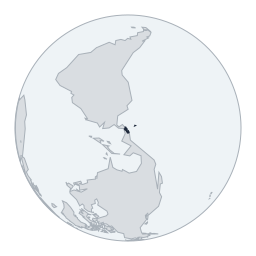 Puntarenas on an orthographic globe, rotated 200°
{"feature_id": "CRI-1330", "entity_name": "Puntarenas", "entity_type": "Province", "adm_level": 1, "iso_a3": "CRI", "parent_name": "Costa Rica", "parent_adm1": "", "projection": "orthographic", "projection_center": [-84.164, 7.924], "detail": "fine", "context": "on_globe", "style": "filled", "palette": "slate", "viewbox_px": 256, "rotation_deg": 200, "n_neighbors": 0, "source": "natural_earth", "source_scale": "10m", "svg_char_len": 8861}
<svg xmlns="http://www.w3.org/2000/svg" viewBox="0 0 256 256"><g transform="rotate(200 128 128)"><circle cx="128" cy="128" r="113" fill="#eef3f6" stroke="#a8b0b8"/><path d="M139.6,127.1L136.9,126.0L134.4,129.4L125.1,124.0L121.6,117.4L92.6,106.9L89.5,103.5L89.3,98.1L79.3,80.6L83.8,97.0L79.9,93.8L76.8,87.9L78.5,86.5L76.4,78.1L72.9,74.9L72.5,64.9L79.2,52.7L80.3,54.6L81.8,51.8L80.5,49.4L79.2,48.6L82.5,38.5L79.2,34.0L74.6,35.3L78.4,33.1L67.4,37.9L63.3,38.8L70.1,36.2L72.4,34.8L70.8,34.4L72.8,33.0L73.2,32.1L75.8,30.5L79.6,29.5L81.3,28.6L80.0,28.4L81.9,27.0L83.5,27.3L86.8,25.0L93.7,23.8L95.9,27.3L101.9,26.6L109.9,30.4L111.3,29.3L115.3,30.5L118.4,29.7L119.0,30.9L121.0,29.3L119.8,28.3L120.3,27.3L122.0,26.8L123.1,28.3L122.4,28.7L123.6,28.9L123.4,29.9L124.5,29.1L125.6,31.2L127.1,28.6L130.1,29.7L130.1,31.3L126.7,31.8L118.4,38.0L117.4,40.3L119.3,42.7L130.1,45.3L130.4,47.9L133.2,50.7L134.6,48.8L132.9,45.9L136.2,43.4L133.7,40.6L134.7,39.3L133.5,36.4L137.3,36.2L141.7,37.6L142.9,40.2L144.9,41.0L146.7,38.3L151.8,43.1L160.0,46.8L161.0,48.3L157.5,51.3L150.0,51.7L145.4,57.0L152.1,53.1L154.3,57.5L156.2,58.2L158.2,57.9L158.8,56.1L160.3,57.7L154.3,61.8L152.8,60.4L154.8,59.0L151.3,59.4L147.2,62.8L148.6,65.1L141.1,68.9L142.0,70.7L140.8,72.8L139.9,69.5L141.4,75.6L132.7,83.0L134.7,94.5L128.8,85.8L124.2,84.9L118.8,85.3L119.0,87.1L111.5,86.0L105.1,90.1L103.3,99.3L106.3,106.4L114.6,106.5L116.8,102.4L122.7,101.5L119.0,112.3L129.4,113.6L128.7,121.8L131.8,125.9L136.9,124.6L142.2,126.5L145.8,121.6L151.6,118.8L152.0,125.4L155.0,119.2L158.5,122.2L170.0,121.4L169.2,122.9L178.9,130.1L188.9,132.8L191.3,137.5L190.1,140.5L193.5,141.1L193.5,143.0L206.4,144.7L212.5,148.8L212.0,155.5L206.2,163.8L199.5,180.2L188.8,186.3L185.1,192.7L175.0,202.1L168.6,201.8L169.4,206.0L165.0,208.8L160.6,209.2L159.0,212.1L155.7,212.4L157.3,214.2L150.9,218.0L151.5,220.9L146.5,223.9L147.0,225.4L145.5,225.4L143.7,226.1L143.1,227.0L139.0,225.6L139.1,221.9L141.4,220.0L139.5,219.7L144.5,214.4L142.0,215.6L144.5,207.5L148.9,200.6L153.6,179.9L151.6,175.8L143.5,171.1L133.7,155.3L136.6,148.6L134.3,145.6L141.8,135.9L139.6,127.1ZM26.9,96.5L27.7,93.9L27.8,95.6L26.9,96.5ZM27.7,92.4L27.6,93.2L27.6,92.5L27.7,92.4ZM27.5,91.8L27.7,92.2L27.4,92.0L27.5,91.8ZM27.1,91.4L27.4,91.5L27.1,91.4ZM134.4,98.5L146.3,103.7L139.8,104.6L141.0,103.5L137.9,101.3L132.3,99.4L126.5,100.8L134.4,98.5ZM26.9,90.1L26.9,89.7L27.2,89.5L26.9,90.1ZM139.1,91.9L137.1,91.5L139.1,91.4L139.1,91.9ZM78.3,48.6L80.2,49.6L80.7,52.4L78.9,51.7L78.3,48.6ZM77.8,43.9L79.3,43.7L77.5,46.4L77.2,45.6L77.8,43.9ZM70.9,36.7L72.0,36.9L70.2,37.3L70.9,36.7ZM72.8,32.2L71.8,32.7L72.4,32.1L72.8,32.2ZM131.5,36.7L132.5,36.6L132.2,37.2L131.5,36.7ZM130.0,35.7L129.0,36.6L128.2,36.3L128.8,35.7L130.0,35.7ZM77.0,29.2L78.3,28.2L77.6,29.0L77.0,29.2ZM131.5,34.8L126.8,35.6L125.3,35.0L126.6,32.7L131.5,34.8ZM79.5,27.5L82.5,25.5L80.6,26.2L87.8,23.3L82.8,25.8L82.3,26.6L81.2,26.7L79.5,27.5ZM118.7,28.2L120.0,29.2L117.3,28.8L118.7,28.2ZM116.9,28.2L107.9,29.1L106.9,27.6L110.1,27.5L107.4,26.2L111.3,25.0L113.7,25.4L113.6,26.6L115.1,25.3L116.9,28.2ZM91.2,22.2L92.5,21.7L91.9,22.0L91.2,22.2ZM120.3,26.9L118.6,27.1L117.6,25.8L120.8,25.1L120.1,25.7L120.3,26.9ZM104.8,26.5L104.7,25.6L107.7,24.3L108.1,23.8L111.3,24.8L104.8,26.5ZM121.2,25.8L122.5,24.9L124.5,25.1L121.9,26.6L121.2,25.8ZM115.9,25.7L115.6,25.1L116.8,25.2L115.9,25.7ZM132.6,26.0L130.5,26.0L129.8,25.3L132.6,26.0ZM122.8,24.5L122.1,24.4L121.6,24.2L122.8,23.7L122.8,24.5ZM113.3,23.9L114.6,23.7L112.1,23.4L114.3,22.6L116.1,23.5L116.3,22.8L117.0,22.6L117.6,23.6L113.3,23.9ZM122.5,22.6L125.5,23.8L129.5,23.7L130.2,24.3L123.8,24.3L122.5,22.6ZM119.6,23.1L121.6,22.9L121.5,23.6L120.1,24.2L119.6,23.1ZM115.2,21.8L111.4,22.8L111.1,22.6L115.2,21.8ZM123.7,22.4L123.0,22.1L124.0,22.3L123.7,22.4ZM117.8,21.8L116.5,22.1L116.3,21.9L117.8,21.8ZM122.6,21.4L123.5,21.8L122.6,22.1L122.6,21.4ZM120.4,21.5L120.4,21.1L121.7,22.0L119.9,21.6L120.4,21.5ZM117.8,21.5L117.2,21.5L118.4,21.4L117.8,21.5ZM125.5,20.1L127.4,21.2L125.3,21.9L123.8,20.7L125.5,20.1ZM145.6,228.5L139.2,226.2L142.9,227.2L146.3,225.8L149.3,227.5L145.6,228.5ZM155.1,224.6L158.6,223.6L159.2,224.0L156.9,224.8L155.1,224.6ZM206.5,47.2L206.0,46.7L208.3,49.1L208.9,49.6L211.4,52.2L208.4,49.4L210.2,52.3L217.5,63.1L217.4,65.0L215.1,64.2L207.5,54.9L208.4,51.9L205.6,49.0L201.1,46.1L201.8,45.6L200.1,44.2L200.0,43.2L195.6,39.0L194.9,37.9L189.1,33.9L187.9,33.0L191.7,35.5L193.9,36.9L192.4,35.6L199.6,41.1L206.5,47.2ZM177.7,26.9L176.9,26.5L176.4,26.3L177.7,26.9ZM171.6,24.1L178.4,27.3L181.0,28.6L182.8,29.6L189.9,33.9L191.5,35.1L185.0,31.3L186.7,32.8L180.9,29.6L165.8,22.0L161.6,20.5L161.8,20.5L171.6,24.1ZM90.8,21.7L88.7,22.5L89.0,22.4L91.0,21.7L87.8,23.3L80.6,26.2L80.2,26.2L76.0,28.4L75.7,28.3L74.4,29.0L82.4,25.0L90.8,21.7ZM240.3,119.3L240.3,119.7L239.9,116.2L239.8,116.7L237.1,123.2L234.6,119.3L227.9,105.6L227.3,98.8L224.3,92.0L217.5,65.4L219.2,65.5L217.4,59.5L217.7,59.9L221.3,64.9L221.5,65.2L225.9,72.3L229.7,79.6L233.0,87.2L235.7,95.0L237.8,103.0L239.4,111.1L240.3,119.3ZM223.5,77.6L224.6,79.6L223.5,77.6ZM170.3,121.3L171.7,122.5L169.9,122.6L170.3,121.3ZM139.1,107.3L141.5,107.4L142.9,108.4L141.0,108.8L139.1,107.3ZM159.3,106.6L162.1,107.1L159.3,107.8L159.3,106.6ZM148.2,104.3L157.1,106.5L151.7,108.7L146.0,107.4L149.9,106.7L148.2,104.3ZM138.3,95.7L139.8,96.1L139.5,97.3L138.3,95.7ZM140.6,91.8L140.0,92.0L139.1,91.0L140.6,91.8ZM154.6,57.3L155.1,57.0L157.3,57.1L156.4,57.8L154.6,57.3ZM165.7,53.3L167.9,56.0L165.8,54.5L165.0,55.9L159.6,54.7L161.1,49.0L161.4,51.7L165.7,53.3ZM152.8,52.0L156.1,53.1L152.4,52.1L152.8,52.0ZM190.6,38.5L192.0,38.9L194.1,40.6L195.0,42.9L192.0,40.3L190.6,38.5ZM193.5,39.2L186.8,35.2L185.9,34.0L187.5,35.3L187.7,34.8L190.3,36.9L196.0,39.9L198.2,41.7L198.7,44.3L197.3,42.3L196.1,41.9L193.5,39.2ZM171.1,30.5L168.2,29.6L170.2,27.9L172.7,29.0L173.7,31.0L171.4,31.0L171.1,30.5ZM134.7,30.9L133.5,31.2L133.2,30.7L134.0,30.0L134.7,30.9ZM131.7,26.0L139.8,29.0L138.8,29.5L144.8,31.1L144.5,33.0L140.6,31.9L144.8,34.8L141.2,34.6L144.4,36.5L135.8,33.7L132.7,33.9L136.3,32.9L136.7,31.0L135.9,30.2L131.5,28.3L125.0,28.1L124.4,26.5L125.6,25.4L127.1,25.2L127.0,26.2L129.0,25.2L130.1,26.6L131.7,26.0ZM140.7,18.2L140.1,18.8L144.2,18.4L145.3,19.2L145.7,19.2L147.8,19.9L151.1,20.7L151.1,21.1L152.4,21.3L153.8,21.9L155.6,22.4L156.2,23.3L158.4,24.0L157.4,24.1L161.1,25.1L158.6,24.8L160.2,25.8L161.7,25.6L160.7,31.1L162.1,34.2L164.7,37.1L160.2,36.7L154.9,33.9L150.0,30.4L149.2,27.7L147.3,28.1L146.4,27.1L148.3,27.1L144.8,26.4L144.6,25.6L140.2,23.5L135.3,23.3L133.6,22.7L135.4,22.4L132.4,22.0L134.6,21.1L133.4,20.7L134.3,19.5L138.4,19.3L136.8,18.9L137.4,18.2L140.7,18.2ZM125.9,19.7L130.6,19.0L133.5,19.2L130.6,21.2L131.4,21.7L129.7,23.4L125.6,23.1L126.4,22.7L126.3,22.2L127.7,22.4L126.5,21.8L127.7,21.2L127.1,20.7L128.8,20.5L125.9,19.7ZM213.0,54.4L212.6,53.8L215.1,56.7L215.2,57.0L213.0,54.4ZM210.2,51.2L212.4,53.6L211.3,52.4L210.2,51.2ZM191.1,35.0L190.4,34.4L191.2,34.9L192.5,35.9L191.1,35.0ZM153.2,18.7L152.4,18.7L151.6,18.5L148.2,18.0L147.1,17.6L148.8,17.7L153.2,18.7ZM151.5,18.1L150.2,18.0L150.4,17.9L151.5,18.1ZM146.1,17.3L146.1,17.1L146.6,17.5L146.1,17.3ZM140.7,16.1L142.6,16.3L142.3,16.3L140.7,16.1ZM91.8,21.8L92.5,21.7L91.2,22.1L91.8,21.8Z" fill="#d9dde1" stroke="#a8b0b8" stroke-width="1"/><path d="M130.4,125.7L130.4,125.8L130.4,125.7L130.5,125.7L130.5,125.8L130.8,126.0L130.7,126.1L130.5,126.3L130.4,126.3L130.5,126.6L130.6,126.8L130.5,127.0L130.4,127.0L130.2,127.2L130.2,127.3L130.3,127.3L130.5,127.6L130.5,127.8L130.4,127.8L130.4,127.7L130.5,127.7L130.3,127.4L130.0,127.2L130.1,126.9L129.9,126.7L130.0,126.7L129.9,126.6L129.7,126.6L129.6,126.4L129.4,126.4L129.3,126.5L129.5,126.7L129.7,126.8L129.7,127.0L129.4,127.0L129.2,127.0L129.1,126.9L128.9,126.7L129.0,126.5L129.0,126.4L129.0,126.2L129.1,125.9L128.9,125.7L128.7,125.5L128.5,125.3L128.3,125.2L128.1,125.1L127.9,125.0L127.8,124.9L127.7,124.9L127.4,124.8L127.2,124.8L127.1,124.7L127.1,124.4L127.0,124.2L126.9,124.2L126.7,124.0L126.8,124.0L126.8,123.9L126.7,123.9L126.4,123.8L126.4,123.7L126.2,123.6L126.3,123.6L126.5,123.7L126.6,123.4L126.8,123.3L127.0,123.4L127.1,123.5L127.1,123.8L127.3,123.9L127.2,123.9L127.2,124.0L127.2,124.3L127.3,124.3L127.2,124.4L127.2,124.5L127.3,124.7L127.3,124.8L127.5,124.8L127.5,124.7L127.8,124.7L128.0,124.7L128.0,124.8L128.3,125.0L128.5,125.1L128.6,125.3L128.8,125.5L128.8,125.4L128.9,125.5L129.0,125.6L129.2,125.8L129.3,125.8L129.3,125.7L129.3,125.4L129.4,125.2L129.5,125.2L129.8,125.2L129.8,125.3L130.0,125.4L130.2,125.6L130.3,125.6L130.4,125.7ZM126.1,123.9L126.2,124.0L126.3,124.0L126.5,124.0L126.5,124.3L126.5,124.5L126.4,124.4L126.4,124.5L126.2,124.6L126.2,124.8L126.1,124.7L125.9,124.5L126.0,124.4L126.0,124.2L125.9,124.1L126.0,124.0L126.0,123.9L126.1,123.9ZM126.1,123.7L126.2,123.8L126.0,123.7L126.1,123.7ZM122.3,132.7L122.2,132.7L122.3,132.6L122.3,132.7ZM128.5,126.5L128.5,126.4L128.6,126.5L128.5,126.5Z" fill="#64748b" stroke="#1e293b" stroke-width="1.5"/></g></svg>